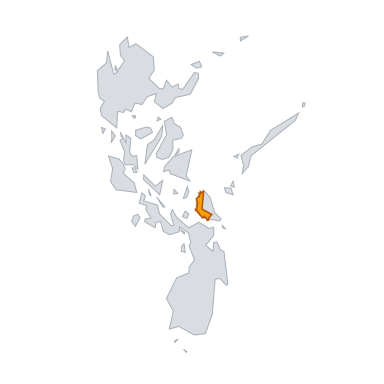 where Mindoro Oriental sits in Philippines, rotated 185°
{"feature_id": "PHL-2571", "entity_name": "Mindoro Oriental", "entity_type": "Province", "adm_level": 1, "iso_a3": "PHL", "parent_name": "Philippines", "parent_adm1": "", "projection": "mercator", "projection_center": [121.298, 12.875], "detail": "fine", "context": "in_parent", "style": "filled", "palette": "amber", "viewbox_px": 384, "rotation_deg": 185, "n_neighbors": 0, "source": "natural_earth", "source_scale": "10m", "svg_char_len": 5250}
<svg xmlns="http://www.w3.org/2000/svg" viewBox="0 0 384 384"><g transform="rotate(185 192 192)"><path d="M177.3,49.7L193.5,57.0L202.7,53.3L200.2,71.5L208.2,83.8L199.8,105.2L188.1,111.0L188.3,116.9L183.6,124.8L190.3,138.0L188.8,141.5L191.8,150.8L201.5,156.2L201.3,151.3L210.6,147.5L217.3,150.4L220.9,160.2L225.2,158.3L225.7,153.2L236.5,158.3L236.3,160.9L230.7,162.6L236.6,171.0L235.9,174.6L243.7,176.3L241.8,186.8L237.9,184.0L239.4,178.9L225.5,176.1L222.3,167.2L209.9,156.7L207.1,157.2L211.5,168.2L210.0,172.7L205.1,165.4L192.1,156.0L182.6,162.5L171.6,157.2L167.2,159.0L166.7,150.4L173.8,140.1L166.0,134.8L166.1,143.7L162.8,144.4L158.7,136.8L155.0,135.5L148.3,103.6L149.6,102.0L156.7,108.4L161.3,107.0L161.1,72.1L166.3,52.1L177.3,49.7ZM272.6,249.3L288.4,259.9L290.8,267.1L287.2,274.9L292.1,277.4L294.2,283.6L296.9,304.6L288.4,313.3L288.3,325.2L280.3,302.7L277.4,304.3L270.7,316.9L275.2,321.8L276.9,332.5L269.9,340.8L267.4,330.5L260.8,334.8L242.2,323.2L240.2,310.2L245.0,301.4L233.2,292.1L229.5,292.3L227.2,301.1L220.8,294.7L215.3,298.4L214.2,294.2L210.3,293.3L200.0,311.2L196.1,310.8L195.3,305.7L202.2,289.3L216.8,284.6L219.8,278.5L228.2,272.6L237.2,278.5L236.2,287.0L244.9,283.0L249.4,274.8L256.5,275.6L259.5,266.6L265.4,268.9L266.9,265.4L273.2,265.7L272.6,249.3ZM225.7,260.0L218.6,264.7L215.8,258.9L209.2,255.3L205.6,247.8L207.2,244.7L215.6,241.9L214.7,232.7L218.4,224.2L224.3,221.8L229.9,223.4L231.1,226.6L222.3,246.9L225.7,260.0ZM267.6,187.6L274.0,195.1L273.1,208.5L278.4,220.6L267.5,218.5L263.1,214.1L260.5,209.3L262.2,204.7L250.3,196.0L247.0,186.7L267.6,187.6ZM195.1,202.7L215.2,208.4L216.4,211.9L222.2,209.8L221.3,215.3L213.7,225.6L195.9,234.0L199.2,207.4L195.1,202.7ZM119.1,260.3L92.6,280.0L95.4,272.3L136.3,233.3L138.1,222.3L143.5,214.7L142.9,222.7L146.4,232.8L135.6,242.5L126.7,245.7L119.1,260.3ZM162.0,165.5L179.5,167.4L186.5,174.1L186.9,185.2L180.2,194.5L173.4,188.0L167.5,173.3L160.6,167.8L162.0,165.5ZM253.1,214.1L260.8,213.4L262.9,217.0L262.6,226.4L268.2,237.1L265.5,239.7L262.1,235.7L262.9,243.1L257.6,240.2L257.7,226.5L255.0,222.5L250.3,223.4L247.8,209.8L253.1,214.1ZM226.8,256.1L227.1,244.6L241.4,215.6L240.6,235.0L234.0,241.0L226.8,256.1ZM253.5,248.6L243.2,252.7L239.1,252.2L236.5,247.9L247.9,240.3L253.1,243.3L253.5,248.6ZM223.9,186.4L241.4,200.2L241.5,204.9L229.1,194.6L222.2,201.1L223.9,186.4ZM248.3,162.9L244.4,165.1L241.4,162.2L245.4,152.9L249.6,157.5L248.3,162.9ZM204.0,318.8L196.0,322.9L193.2,317.5L198.2,315.8L204.0,318.8ZM150.8,192.7L158.2,194.5L160.1,199.1L153.5,199.2L150.8,192.7ZM195.0,165.0L199.4,166.7L197.0,172.5L193.2,169.7L195.0,165.0ZM175.9,329.9L184.0,333.4L172.4,333.1L175.9,329.9ZM277.4,245.8L273.2,241.2L276.9,234.1L276.5,238.4L277.4,245.8ZM200.1,184.8L197.2,197.1L195.2,192.0L196.9,186.0L200.1,184.8ZM156.9,346.7L157.4,350.3L149.4,352.4L156.9,346.7ZM197.6,132.0L197.4,137.5L195.4,139.9L193.4,131.2L197.6,132.0ZM212.2,227.4L208.6,234.5L208.6,230.4L212.2,227.4ZM154.0,201.3L152.1,206.3L150.2,200.4L154.0,201.3ZM253.8,210.7L251.1,210.9L248.4,206.9L251.7,206.4L253.8,210.7ZM210.1,188.4L210.1,193.0L206.1,189.3L210.1,188.4ZM287.9,248.3L284.0,247.5L285.8,242.6L287.9,248.3ZM219.7,174.5L226.7,183.8L217.8,174.7L219.7,174.5ZM153.4,231.2L148.7,233.8L150.0,229.7L153.4,231.2ZM233.0,259.8L232.1,263.7L229.5,261.8L233.0,259.8ZM234.2,185.8L235.7,191.2L232.3,184.3L234.2,185.8ZM89.5,290.6L87.1,290.4L87.7,286.9L89.5,286.5L89.5,290.6ZM258.1,262.8L255.1,263.1L254.8,261.0L256.6,260.6L258.1,262.8ZM279.5,310.9L277.3,308.5L277.9,306.0L279.5,307.2L279.5,310.9ZM157.9,158.7L159.2,161.8L155.5,158.2L157.9,158.7ZM267.4,241.3L268.6,245.4L265.3,240.4L267.4,241.3ZM196.6,41.8L193.1,44.4L195.7,40.6L196.6,41.8ZM200.7,153.5L195.9,151.1L196.0,149.5L200.7,153.5ZM183.6,31.6L186.7,34.5L183.3,32.6L183.6,31.6Z" fill="#d9dde1" stroke="#a8b0b8" stroke-width="1"/><path d="M172.8,165.8L173.2,165.5L173.5,165.7L173.9,165.6L174.0,165.2L174.3,165.3L174.4,165.2L174.6,165.2L174.6,165.3L174.6,165.5L174.3,165.8L174.1,165.8L174.3,166.0L174.5,166.2L174.7,166.5L175.0,166.6L175.2,166.8L175.7,167.6L176.0,167.8L177.4,167.7L177.8,168.0L177.7,168.7L177.9,168.7L178.0,168.2L178.2,167.9L178.3,167.8L178.5,167.7L178.8,167.6L179.1,167.5L179.2,167.2L179.4,167.2L179.8,168.0L182.4,170.1L183.3,171.6L183.6,171.8L184.1,171.9L184.5,172.0L184.7,172.4L184.8,172.9L184.7,173.1L184.6,173.3L184.5,173.6L184.6,173.8L184.8,174.0L185.1,173.9L185.3,173.8L185.6,173.8L186.1,173.8L186.6,173.9L187.0,174.1L187.1,174.6L187.1,175.0L186.8,175.3L186.0,175.9L185.8,176.2L185.6,176.7L185.6,177.3L185.8,178.6L185.8,179.0L185.6,179.9L185.7,180.2L185.6,180.8L185.7,182.2L185.9,182.8L186.5,183.5L186.6,184.0L186.7,184.3L186.8,184.7L187.0,185.0L187.0,185.8L186.9,185.8L186.7,185.9L185.8,187.2L185.6,187.4L185.0,187.7L184.9,187.8L184.7,187.8L184.6,188.0L184.6,188.3L184.7,188.5L184.8,188.7L184.6,188.8L184.5,188.7L184.4,188.8L184.4,189.1L184.5,189.3L184.1,189.5L184.1,190.2L184.4,190.8L184.8,191.3L183.9,191.2L183.5,191.2L183.4,191.6L183.5,191.7L183.6,191.9L183.5,192.1L183.4,192.3L183.6,192.4L183.7,192.5L183.7,193.0L183.1,192.5L182.8,192.2L182.5,192.3L182.0,192.8L181.7,192.9L181.4,193.0L181.0,193.4L180.5,194.5L180.5,176.4L180.1,175.8L179.3,175.3L170.3,171.4L172.7,168.0L172.9,167.6L172.9,167.0L172.8,165.9L172.8,165.8Z" fill="#f59e0b" stroke="#b45309" stroke-width="1.5"/></g></svg>